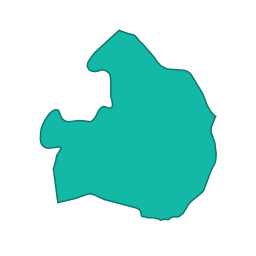 outline of Kinshasa City, rotated 79°
{"feature_id": "COD-1884", "entity_name": "Kinshasa City", "entity_type": "Neutral City", "adm_level": 1, "iso_a3": "COD", "parent_name": "Democratic Republic of the Congo", "parent_adm1": "", "projection": "natural_earth1", "projection_center": [15.874, -4.486], "detail": "fine", "context": "isolated", "style": "filled", "palette": "teal", "viewbox_px": 256, "rotation_deg": 79, "n_neighbors": 0, "source": "natural_earth", "source_scale": "10m", "svg_char_len": 1801}
<svg xmlns="http://www.w3.org/2000/svg" viewBox="0 0 256 256"><g transform="rotate(79 128 128)"><path d="M30.4,118.1L35.6,109.5L36.4,107.4L37.9,104.2L41.3,101.9L45.1,100.0L47.8,97.9L63.4,88.9L68.8,86.6L72.2,84.5L73.5,83.9L74.0,82.8L77.1,79.1L77.8,77.7L82.1,61.8L83.9,58.7L86.0,56.8L88.5,55.5L108.7,48.1L114.8,47.0L121.1,45.9L127.3,43.8L132.7,40.5L133.4,39.7L133.8,40.1L142.7,45.9L147.4,47.3L159.2,45.6L169.7,46.3L173.6,47.2L177.0,48.3L179.2,49.5L185.7,54.6L203.5,65.5L205.4,67.6L211.7,79.3L213.2,81.5L215.1,83.8L218.4,86.4L220.6,88.7L222.0,89.8L224.5,94.3L224.8,96.3L224.5,98.0L224.0,99.8L223.7,101.6L225.6,105.8L225.0,108.5L224.3,110.8L224.8,112.4L224.8,113.4L223.2,115.4L221.6,118.7L220.5,122.2L220.0,125.1L219.7,126.2L218.4,128.2L218.1,129.6L217.7,130.6L217.5,131.2L216.7,131.5L212.2,131.6L210.7,132.2L209.2,133.6L207.9,135.5L193.7,164.8L187.1,174.1L186.1,176.0L185.4,177.9L185.3,179.8L185.7,183.8L187.1,192.5L187.9,211.1L153.8,209.0L147.4,205.6L141.3,203.2L137.5,199.5L135.8,198.2L134.4,197.6L133.5,198.8L133.3,201.0L133.1,205.7L132.7,209.6L132.2,211.4L131.7,212.4L130.7,213.7L129.3,215.0L127.6,215.8L125.7,216.3L122.2,216.2L115.3,214.5L111.8,213.1L107.4,210.3L103.7,207.4L100.0,203.7L98.2,201.2L96.4,197.5L96.3,195.1L97.1,193.2L98.6,192.5L103.8,191.6L105.4,191.2L106.9,190.4L108.4,189.1L109.6,187.5L110.4,185.6L110.7,183.6L111.2,175.7L112.0,171.9L114.4,164.6L114.6,162.8L113.2,160.4L110.6,157.5L104.5,152.9L102.7,150.0L102.2,147.6L104.4,143.7L105.1,141.9L104.7,140.2L103.2,138.9L99.5,138.5L93.4,138.8L78.5,135.9L74.4,135.5L71.5,135.7L69.9,136.7L68.4,137.9L67.1,139.6L66.3,141.3L65.9,143.2L66.4,147.0L66.4,149.0L66.0,150.9L65.2,152.7L64.2,154.3L62.7,155.3L61.1,155.9L59.4,156.1L57.8,155.7L56.2,155.0L54.5,153.7L47.9,146.6L30.4,118.1Z" fill="#14b8a6" stroke="#0f766e" stroke-width="1.5"/></g></svg>